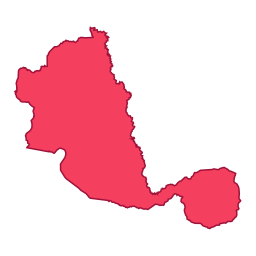 outline of Chimichagua, Cesar, Colombia
{"feature_id": "7082276B32164017339198", "entity_name": "Chimichagua", "entity_type": "district", "adm_level": 2, "iso_a3": "COL", "parent_name": "Colombia", "parent_adm1": "Cesar", "projection": "orthographic", "projection_center": [-73.748, 9.238], "detail": "fine", "context": "isolated", "style": "filled", "palette": "rose", "viewbox_px": 256, "rotation_deg": 0, "n_neighbors": 0, "source": "geoboundaries", "source_scale": "gbopen_adm2", "svg_char_len": 5802}
<svg xmlns="http://www.w3.org/2000/svg" viewBox="0 0 256 256"><path d="M20.7,68.3L19.2,69.4L18.5,70.8L18.2,77.9L17.4,79.3L16.2,83.3L16.7,85.9L16.9,91.1L16.4,91.9L15.9,90.9L15.4,91.2L15.9,92.1L15.4,92.1L15.8,92.5L15.4,93.2L15.5,94.0L16.2,95.2L16.5,96.9L18.1,98.7L17.8,99.0L18.3,98.8L19.7,99.5L20.4,101.1L22.0,101.9L25.1,101.9L26.8,102.3L28.6,102.0L29.8,104.2L32.4,106.5L34.3,107.5L33.1,111.0L34.3,115.9L33.8,116.1L33.5,118.0L31.2,120.5L32.1,124.3L31.8,128.1L30.0,130.8L26.4,133.5L25.5,135.8L26.1,137.7L26.2,140.2L27.6,140.8L27.8,143.2L28.6,143.5L29.3,144.3L28.6,145.9L27.5,146.5L26.9,147.7L48.5,151.7L48.8,151.3L49.1,151.6L49.7,151.4L49.9,151.8L51.9,152.0L53.8,153.2L54.4,153.2L56.6,150.4L59.2,148.4L61.0,148.3L64.0,149.5L65.0,150.4L65.8,152.7L65.8,154.4L65.0,157.4L60.5,164.1L60.6,170.2L64.7,176.9L66.1,178.6L78.6,188.0L80.9,190.3L86.3,193.7L89.1,197.3L90.3,198.2L107.9,200.4L108.9,201.5L110.1,200.5L111.4,201.3L111.8,202.0L112.9,202.3L113.9,202.1L115.3,203.1L118.5,203.9L118.6,204.6L119.5,204.8L119.8,205.4L121.2,205.8L123.1,205.5L123.4,206.1L125.3,206.8L125.7,207.4L126.5,207.2L127.5,207.8L128.1,207.3L129.0,207.3L130.0,206.4L131.2,206.9L132.6,206.2L134.1,206.2L135.8,206.9L136.6,207.6L137.6,207.6L138.7,208.5L140.5,207.7L142.7,208.8L144.2,209.1L146.2,208.9L147.8,209.5L155.5,204.2L157.7,204.5L159.9,205.4L161.8,205.1L163.4,205.3L164.1,204.7L164.7,202.4L166.2,201.9L168.0,200.7L168.2,199.2L170.1,198.8L171.2,198.1L172.7,196.3L173.3,195.1L174.8,193.8L175.8,193.9L176.9,194.8L177.0,195.3L177.9,194.6L178.4,194.7L179.7,196.1L182.6,196.8L182.5,197.4L181.3,198.9L181.0,201.3L181.8,202.5L183.4,203.1L184.7,204.9L185.1,207.7L184.4,209.6L184.5,211.4L185.6,214.9L186.8,216.6L187.2,219.3L188.7,219.8L189.2,220.5L189.9,220.3L191.3,222.0L195.0,223.3L200.7,223.4L202.9,225.7L205.7,226.8L207.1,227.0L207.8,228.0L209.9,228.5L211.7,227.2L213.9,226.7L216.3,225.2L219.5,225.1L219.9,223.5L222.0,223.4L223.9,222.9L225.9,223.1L227.6,221.5L231.1,221.5L232.1,221.1L232.7,219.9L233.7,219.3L233.9,218.7L236.2,216.6L236.8,215.0L236.7,211.5L236.2,210.8L236.6,210.0L238.0,209.8L238.9,208.8L238.0,206.0L238.1,204.6L238.8,202.6L240.2,201.5L240.6,200.6L238.9,198.5L239.3,193.5L238.9,188.4L238.3,186.5L236.9,184.0L234.7,182.7L233.8,181.2L234.7,176.3L235.2,175.5L235.7,173.4L230.7,171.2L229.2,170.9L227.8,169.4L224.1,167.4L220.2,168.4L218.4,169.7L213.7,168.9L212.3,169.5L200.5,170.3L196.7,172.6L194.5,172.6L193.1,175.8L191.4,177.0L191.2,178.1L190.5,178.9L188.7,178.9L187.3,178.3L186.7,177.2L185.0,177.3L182.0,180.0L181.6,180.7L179.6,181.3L177.9,182.7L175.7,185.3L174.2,185.7L173.6,185.0L172.8,185.0L172.2,184.4L171.5,184.6L170.6,184.3L167.5,185.1L166.1,186.0L166.1,187.1L165.2,188.2L164.2,188.7L162.6,188.4L162.7,188.8L161.3,189.2L161.0,190.8L159.7,192.2L158.2,192.1L158.1,192.8L157.5,192.9L157.5,193.9L157.0,193.2L156.8,193.6L156.4,193.4L155.8,193.9L155.4,193.7L154.9,194.4L154.5,194.1L154.5,193.2L153.7,193.9L153.4,193.7L152.8,194.2L152.4,193.4L151.9,193.5L151.7,193.0L151.2,193.2L150.7,192.8L150.2,192.0L150.6,191.4L149.7,190.3L149.9,189.1L149.1,187.6L147.8,187.7L147.8,187.1L147.3,187.1L146.8,186.4L146.6,185.2L147.6,184.0L146.2,182.6L146.2,181.4L145.8,180.5L146.4,179.6L145.8,177.4L144.1,177.0L142.3,175.3L141.7,173.7L143.3,168.8L143.0,168.5L144.5,167.8L145.3,165.5L144.8,164.6L144.3,162.0L143.8,161.6L144.2,160.5L142.9,159.2L142.8,158.6L142.3,158.5L142.7,158.2L142.3,156.7L142.6,155.7L141.4,155.6L140.9,154.5L140.8,153.7L142.1,153.2L142.2,152.3L139.9,150.2L139.6,149.1L140.1,148.4L139.1,147.8L140.4,147.1L139.4,147.4L138.5,147.2L137.4,146.1L136.9,146.2L136.6,147.0L136.2,146.9L135.9,145.2L136.6,144.8L135.0,143.5L134.4,141.4L133.7,141.5L133.4,140.0L131.5,139.0L133.9,138.9L134.4,138.5L134.3,137.8L133.7,137.4L132.2,137.5L130.4,135.9L131.3,132.0L132.0,131.5L132.2,129.9L133.1,129.3L134.7,126.8L134.3,126.3L133.1,126.1L132.6,125.5L132.4,124.3L133.5,123.7L133.2,122.2L132.4,122.1L131.4,121.3L132.3,119.4L132.5,118.0L132.2,117.6L131.0,117.7L130.3,115.9L128.7,116.0L127.4,114.2L126.8,112.5L126.1,112.0L126.0,111.0L126.2,107.8L127.0,107.6L126.7,105.7L127.4,103.0L126.7,100.6L129.0,99.3L129.2,97.8L130.4,97.7L130.5,96.6L131.2,95.8L130.9,94.4L130.2,94.5L130.0,94.2L130.8,93.5L130.6,93.1L129.8,93.2L129.1,92.1L127.4,92.5L126.9,91.8L126.2,91.6L126.1,90.5L125.1,89.3L124.0,88.9L123.8,88.1L124.3,87.5L124.3,86.5L123.8,85.8L123.9,84.6L122.2,82.1L120.9,82.1L120.3,82.6L119.7,82.0L119.4,83.5L119.0,83.1L118.0,83.9L117.1,83.5L116.4,83.6L115.8,83.1L116.3,80.5L114.1,79.3L114.4,77.2L113.9,76.3L114.1,74.8L112.3,73.9L110.3,71.7L110.4,70.3L110.9,69.7L110.8,68.6L110.3,68.5L110.3,68.1L110.8,67.0L112.1,66.7L112.7,65.9L111.8,65.3L112.1,64.5L111.8,63.6L110.4,62.8L111.3,61.4L110.1,60.6L110.8,59.0L109.9,58.2L110.5,56.0L109.1,55.9L109.5,54.7L109.3,54.4L108.0,55.3L107.4,54.7L107.3,53.8L108.2,53.2L107.7,51.8L108.2,49.7L106.9,49.4L107.1,48.3L105.1,47.9L106.4,45.9L105.2,46.1L105.4,44.8L104.6,43.7L106.2,42.3L106.2,41.1L107.8,40.8L107.9,39.8L107.2,38.3L108.7,37.5L107.7,36.3L106.3,36.9L106.0,35.7L104.9,35.0L106.5,33.2L105.0,32.9L103.7,31.4L101.8,32.5L100.6,31.4L97.8,32.1L97.2,29.8L94.0,30.3L94.0,29.6L95.0,28.3L94.6,27.6L91.6,28.3L90.4,27.5L90.0,29.7L91.6,33.1L92.1,35.8L92.7,36.2L93.0,37.4L83.8,37.9L83.2,37.5L80.5,37.5L79.8,38.1L78.7,38.2L78.2,39.8L77.4,40.5L77.5,41.0L75.4,42.4L74.7,42.3L73.7,41.2L71.8,41.7L70.2,41.4L69.3,41.7L68.0,40.8L66.8,41.0L66.5,40.5L65.9,40.3L65.4,41.1L63.2,41.8L62.4,43.4L61.0,43.2L58.8,45.9L56.8,46.7L54.4,46.8L49.6,51.7L48.6,53.3L48.3,54.8L47.2,55.9L47.2,66.3L45.8,66.5L44.7,65.6L44.3,66.6L42.1,66.3L41.2,66.6L41.1,68.6L40.6,69.0L40.5,69.9L39.8,70.3L39.9,70.6L38.4,71.0L37.9,70.6L36.3,70.8L35.2,71.6L34.9,71.4L34.0,72.5L32.8,72.6L31.5,72.0L29.8,70.3L28.7,69.9L27.6,70.4L27.1,70.0L27.3,69.5L26.2,68.9L25.8,68.0L24.7,67.7L24.5,68.1L23.5,67.4L22.0,68.3L20.7,68.3Z" fill="#f43f5e" stroke="#9f1239" stroke-width="1.5"/></svg>